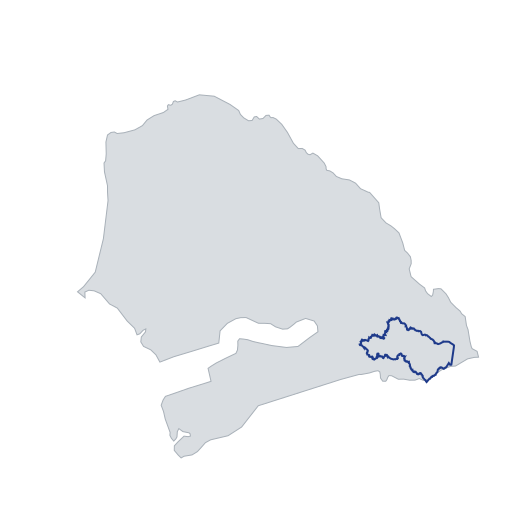 Kedougou, Kédougou, Senegal (highlighted), rotated 342°
{"feature_id": "50182788B85082652306110", "entity_name": "Kedougou", "entity_type": "district", "adm_level": 2, "iso_a3": "SEN", "parent_name": "Senegal", "parent_adm1": "Kédougou", "projection": "equal_earth", "projection_center": [-12.631, 12.759], "detail": "fine", "context": "in_parent", "style": "outline", "palette": "blue", "viewbox_px": 512, "rotation_deg": 342, "n_neighbors": 0, "source": "geoboundaries", "source_scale": "gbopen_adm2", "svg_char_len": 8995}
<svg xmlns="http://www.w3.org/2000/svg" viewBox="0 0 512 512"><g transform="rotate(342 256 256)"><path d="M383.7,230.6L389.2,243.3L388.1,249.4L386.8,258.3L389.9,264.8L393.6,269.0L396.2,272.9L399.1,278.2L399.6,288.9L399.1,296.6L401.0,300.0L402.6,304.4L402.2,308.1L401.2,311.3L397.7,315.6L397.1,323.6L402.8,333.3L406.5,338.5L406.5,341.5L407.5,344.8L410.2,348.7L411.9,347.8L413.7,344.6L414.5,342.5L419.5,343.4L421.8,344.4L425.0,350.7L426.1,355.0L426.9,360.2L430.2,366.8L433.1,371.5L433.7,374.4L436.2,378.3L434.7,387.1L434.9,391.5L433.1,403.3L432.7,408.8L432.9,410.9L436.8,415.0L436.4,421.0L432.4,419.9L425.5,419.2L411.7,422.3L406.9,421.1L397.9,421.5L391.4,423.2L383.2,427.0L376.8,426.1L373.4,423.0L368.9,423.2L363.7,421.6L358.3,418.7L353.3,417.2L348.0,411.8L345.5,410.8L343.7,412.2L342.2,414.1L340.7,415.2L337.8,414.2L336.7,410.5L337.6,407.0L337.9,404.3L336.5,402.8L333.2,402.3L327.9,402.3L319.4,401.2L317.5,400.5L298.4,399.6L278.6,399.5L261.9,399.4L240.7,399.3L225.8,399.2L211.9,399.1L201.2,406.3L189.5,414.2L173.9,418.3L156.0,416.8L150.2,417.9L144.3,421.4L139.9,423.9L133.7,425.4L125.7,424.2L122.4,424.9L120.5,421.3L118.2,415.6L119.7,411.3L124.5,408.6L131.9,405.1L135.7,406.9L138.0,407.0L138.4,404.7L137.7,403.5L132.2,400.4L129.3,396.3L126.9,398.7L124.9,403.7L123.2,405.2L120.6,406.6L119.2,403.2L118.7,399.9L119.8,397.3L119.3,383.0L120.0,375.3L119.7,368.6L123.2,364.2L126.5,361.5L139.3,361.3L151.3,361.0L162.8,361.2L174.5,361.3L175.7,348.0L179.4,346.9L185.0,345.5L195.3,343.9L206.8,342.4L209.3,339.7L211.2,335.3L212.4,331.3L214.8,329.6L218.1,331.0L222.3,333.1L226.6,336.3L231.6,339.3L235.0,341.2L243.0,345.9L256.7,352.4L268.0,355.0L281.7,350.2L291.5,347.2L292.8,341.4L291.2,335.8L283.9,330.7L273.9,331.3L270.9,332.6L266.2,334.3L263.4,335.0L258.7,333.8L252.7,329.4L249.0,324.9L243.7,322.8L237.5,320.7L227.6,311.5L222.4,309.9L217.4,309.4L207.9,311.2L198.7,316.1L193.7,327.3L184.5,327.1L164.8,326.8L146.7,326.4L131.8,327.2L130.3,319.1L126.9,312.7L121.1,307.2L119.9,302.1L121.9,297.6L127.5,294.0L128.7,291.3L125.8,291.7L121.4,294.1L118.5,294.2L118.2,287.2L113.4,278.1L108.0,262.7L101.9,256.4L96.7,243.9L91.3,239.1L86.4,236.9L82.1,237.4L80.5,243.0L75.2,234.9L82.5,231.9L98.1,221.7L116.2,192.4L132.4,157.6L134.5,149.5L136.5,143.2L137.9,129.1L140.2,120.6L142.4,119.0L145.1,112.6L148.5,101.2L152.2,95.0L156.3,93.7L159.6,94.3L161.8,96.6L168.6,98.0L179.7,98.6L188.3,96.9L194.4,93.0L202.4,91.0L212.4,90.9L217.6,89.3L218.1,86.0L219.4,85.0L221.5,86.3L223.4,85.8L225.2,83.5L227.1,83.4L228.9,85.3L237.1,85.9L251.9,85.2L265.6,91.1L278.1,103.8L284.5,112.3L284.9,116.5L287.0,120.8L290.7,125.1L294.2,125.9L297.3,123.2L299.7,123.5L301.5,126.8L305.1,127.4L309.0,125.4L311.9,126.1L312.4,128.1L313.1,129.1L315.0,129.6L317.6,132.1L321.2,138.8L324.1,148.2L326.4,160.3L329.4,166.9L333.2,168.0L335.4,170.5L335.8,173.3L336.9,175.3L338.7,176.4L341.9,175.7L345.6,179.8L349.6,188.7L350.2,192.7L349.6,194.8L349.8,196.4L352.5,197.9L355.0,200.8L357.0,205.2L361.5,209.1L368.3,212.5L373.2,217.5L376.2,224.3L382.4,230.0L383.7,230.6Z" fill="#d9dde1" stroke="#a8b0b8" stroke-width="1"/><path d="M371.2,358.2L370.7,358.0L370.4,358.3L370.2,358.2L369.9,358.5L369.8,359.1L369.5,359.1L369.4,358.8L368.9,359.1L368.6,358.8L368.0,359.2L367.5,359.0L367.4,358.7L367.0,358.4L366.8,357.7L366.3,357.7L366.0,358.0L365.8,357.3L365.7,357.1L365.3,357.1L365.2,357.4L365.2,358.1L365.0,358.3L364.6,358.3L364.6,358.6L363.8,358.3L363.5,358.4L363.1,358.1L362.9,358.5L362.7,359.3L362.3,359.4L362.0,359.7L361.7,359.3L361.4,359.8L361.1,360.0L360.5,359.8L360.7,361.4L360.5,362.1L360.9,362.4L360.8,362.7L360.6,362.8L360.6,363.7L360.5,363.8L360.3,363.7L359.8,364.3L359.9,365.3L359.2,365.4L359.1,366.4L358.3,366.3L357.9,366.4L357.9,367.1L358.1,367.3L358.0,367.8L357.6,368.0L357.3,368.1L356.9,367.6L356.3,367.4L356.1,367.4L356.1,368.1L355.8,367.8L355.5,367.7L355.3,368.6L355.6,369.5L355.5,369.3L355.1,369.2L354.6,369.4L354.7,370.9L354.4,370.7L353.7,370.8L353.2,370.6L353.2,370.8L353.4,371.1L352.6,371.1L352.4,371.3L352.4,371.7L352.8,372.4L352.4,372.0L352.1,372.3L352.0,372.9L352.6,373.7L352.4,374.0L351.7,374.0L351.3,372.7L350.9,372.3L350.3,373.0L350.1,372.9L350.0,372.6L349.3,372.5L349.5,371.9L349.2,371.5L348.9,371.8L348.6,371.7L348.4,370.7L347.2,369.7L346.8,370.3L346.4,370.1L346.3,369.6L346.5,369.0L346.2,369.1L345.8,368.6L345.3,368.7L345.2,368.5L345.3,367.7L345.6,367.4L344.6,367.9L344.3,367.3L344.2,367.4L343.4,368.2L342.9,367.5L342.6,367.8L342.3,367.8L342.0,367.2L341.9,367.3L341.8,367.6L341.2,368.2L340.2,368.3L340.1,368.5L340.2,368.9L340.0,369.3L338.8,369.2L338.4,368.6L338.1,369.3L337.5,369.6L337.3,370.1L337.2,370.5L336.8,371.2L336.3,371.5L335.7,370.9L335.4,370.5L334.5,370.1L334.0,369.6L333.3,369.4L333.0,369.8L332.4,369.4L332.2,369.8L331.6,369.7L331.7,369.2L331.3,368.6L330.9,368.8L330.9,369.4L330.7,369.5L330.4,369.4L330.3,369.0L329.8,369.7L329.5,369.6L329.1,369.8L329.2,370.0L329.1,370.3L329.2,370.6L329.1,370.8L329.2,371.0L329.0,371.4L328.6,371.8L328.3,371.8L327.6,372.5L327.3,372.4L327.3,372.7L327.5,373.0L328.9,373.4L329.3,374.5L330.0,375.5L330.3,376.6L330.5,376.1L330.9,376.2L331.7,377.3L332.1,378.6L332.5,379.1L332.9,379.4L333.1,380.8L332.5,381.3L332.3,381.9L331.7,382.3L330.8,381.9L331.5,382.5L331.4,384.1L331.9,384.3L333.0,385.1L333.1,385.4L333.1,385.5L332.5,386.1L332.7,386.9L333.3,387.0L334.0,387.5L335.4,387.5L335.7,388.2L335.7,388.7L335.0,388.9L335.0,389.2L335.4,389.8L335.2,390.1L335.3,390.2L336.1,390.8L336.4,391.0L336.7,390.8L336.7,389.7L336.9,390.4L337.2,390.8L338.5,390.3L339.4,390.5L339.7,390.4L340.0,390.1L339.7,389.5L339.7,389.0L340.4,388.5L340.8,387.0L341.3,386.4L342.2,386.6L342.3,386.8L342.1,387.2L341.4,388.1L341.4,389.1L341.8,389.6L342.3,389.6L342.5,389.3L342.5,388.9L342.9,389.1L343.8,390.3L344.3,390.2L344.9,390.5L345.2,392.1L345.6,392.5L345.8,392.4L346.6,391.5L346.9,391.4L347.3,391.0L347.8,391.0L347.7,390.7L348.2,389.9L348.4,389.8L348.9,390.3L349.8,390.4L350.0,390.7L349.9,391.7L350.0,393.1L350.4,393.0L350.7,392.3L350.8,392.4L351.1,393.6L352.6,395.4L354.9,396.9L355.7,396.9L356.7,397.4L357.7,397.1L358.2,397.5L358.5,397.6L359.4,397.0L359.4,396.7L359.1,395.9L359.4,395.0L359.9,394.8L360.4,394.3L361.5,394.5L361.7,394.3L362.0,393.6L362.8,393.6L363.5,393.4L363.8,393.6L364.2,394.6L363.8,395.5L363.9,396.0L364.8,396.6L365.7,396.6L365.9,396.8L365.9,397.4L366.1,397.9L366.4,397.9L366.3,398.0L365.9,397.9L365.7,398.1L365.8,398.6L365.5,399.0L365.6,399.4L365.5,399.6L365.2,399.6L365.2,400.2L365.0,401.1L365.4,401.3L365.3,401.6L365.4,401.8L365.6,401.8L365.6,402.3L366.0,402.7L366.3,402.4L366.8,403.1L367.1,403.2L367.3,403.1L367.6,403.6L367.8,403.4L368.1,403.6L368.2,404.5L368.5,404.4L368.3,404.9L368.7,405.6L368.8,406.8L368.7,407.6L368.3,407.9L368.2,408.2L368.4,408.4L368.4,409.1L368.5,409.1L368.7,409.7L368.6,410.1L368.4,410.2L368.4,410.7L368.6,411.4L368.9,411.6L368.8,412.2L369.0,412.4L369.3,412.5L369.2,412.6L369.2,413.3L369.3,413.4L369.8,414.0L369.8,414.7L369.9,414.8L370.1,414.6L370.6,414.6L371.2,414.9L371.2,415.5L371.4,415.5L371.6,415.7L372.1,415.6L372.5,416.6L372.7,417.8L373.0,417.8L373.1,418.1L373.5,418.1L373.6,418.5L373.9,418.5L374.0,418.7L375.1,418.6L375.3,418.1L375.5,418.0L376.4,418.2L376.8,419.2L376.7,419.8L377.0,420.0L377.3,420.7L377.2,421.5L377.5,421.8L377.1,422.5L377.3,423.6L377.6,424.1L378.3,425.9L378.8,426.4L378.9,427.6L379.3,428.6L383.0,426.3L383.8,426.4L384.2,425.9L385.7,425.0L386.2,425.4L386.7,425.1L387.1,424.7L387.6,424.6L387.9,424.9L388.2,425.0L389.3,424.5L390.1,424.5L390.2,424.0L391.3,423.4L391.6,422.8L392.7,422.4L393.8,420.3L394.2,420.0L394.6,420.1L395.0,419.9L395.2,419.5L395.7,419.5L396.0,419.2L396.5,419.3L396.9,418.9L397.3,419.4L398.1,419.3L399.0,420.6L399.4,420.7L399.7,421.3L400.0,421.3L400.5,421.2L400.8,420.9L401.6,420.6L401.9,420.8L402.6,420.5L406.3,417.4L406.8,419.2L407.7,419.7L408.2,419.7L415.9,404.1L416.7,402.2L415.9,400.9L414.0,398.7L413.4,397.6L412.6,397.0L408.4,395.6L407.8,395.2L407.6,395.5L407.0,395.7L406.5,395.6L404.3,396.1L402.1,396.1L401.7,395.9L401.1,395.1L400.4,394.7L400.2,394.7L399.5,394.2L398.9,394.1L398.9,393.8L399.5,393.4L399.0,392.6L398.9,391.6L398.7,391.0L398.5,390.9L398.1,389.9L397.7,389.7L397.3,389.2L396.8,389.0L396.4,388.3L396.4,387.8L396.0,387.4L395.3,386.0L394.9,385.8L394.8,385.4L394.3,384.4L393.9,384.0L393.0,384.0L392.7,383.2L392.1,382.9L390.8,382.9L389.9,382.7L389.5,381.7L389.4,381.0L389.6,379.1L388.8,378.0L387.5,377.9L387.2,377.7L387.2,377.3L386.9,377.1L385.6,376.8L385.1,376.1L384.6,375.9L384.4,375.1L384.0,374.9L383.8,373.8L383.1,373.4L382.6,373.5L382.4,373.2L382.0,373.3L381.8,372.8L381.4,372.8L381.1,371.9L380.9,371.7L380.2,372.2L380.1,372.9L379.5,372.8L378.6,373.5L377.8,373.6L377.0,372.8L376.9,372.7L377.0,372.1L377.3,372.0L377.5,371.8L377.2,371.2L377.2,370.0L376.9,369.4L377.1,368.9L376.7,368.9L377.0,368.3L376.9,367.9L376.9,367.1L376.2,365.9L375.4,365.6L375.0,365.6L374.3,365.0L373.4,364.6L373.4,364.4L373.6,363.7L373.4,363.6L373.2,363.7L373.2,363.0L372.8,362.6L373.0,361.9L372.8,361.1L372.6,360.9L372.7,360.2L372.3,359.8L372.4,359.2L372.0,359.2L371.8,358.8L371.2,358.7L371.2,358.2Z" fill="none" stroke="#1e3a8a" stroke-width="2"/></g></svg>